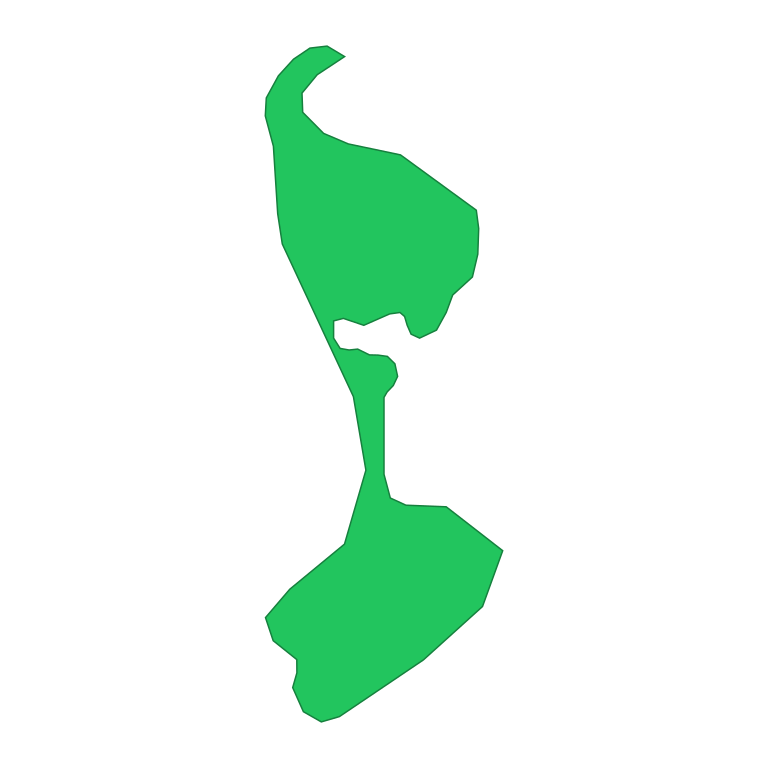 Miquelon-Langlade, Natural Earth projection
{"feature_id": "SPM-4867", "entity_name": "Miquelon-Langlade", "entity_type": "Commune", "adm_level": 1, "iso_a3": "SPM", "parent_name": "Saint Pierre and Miquelon", "parent_adm1": "", "projection": "natural_earth1", "projection_center": [-56.329, 46.961], "detail": "fine", "context": "isolated", "style": "filled", "palette": "green", "viewbox_px": 768, "rotation_deg": 0, "n_neighbors": 0, "source": "natural_earth", "source_scale": "10m", "svg_char_len": 892}
<svg xmlns="http://www.w3.org/2000/svg" viewBox="0 0 768 768"><path d="M446.2,506.8L502.7,550.7L482.5,606.5L423.4,659.9L339.4,716.6L321.3,721.9L303.4,711.7L292.7,687.6L296.9,672.8L296.8,659.6L273.2,640.7L265.5,617.6L289.8,589.2L344.5,544.1L365.9,470.2L353.4,396.6L282.3,244.0L277.7,213.7L273.4,146.2L265.3,115.9L266.3,97.9L278.4,75.8L293.5,59.2L309.9,48.1L327.1,46.1L344.6,56.6L317.2,74.7L302.0,93.1L302.7,112.3L323.6,133.4L348.2,143.9L400.5,154.9L476.3,210.2L478.7,228.5L477.8,254.2L472.4,277.0L452.7,295.0L446.2,312.5L436.5,330.1L419.6,338.1L411.1,334.2L407.2,325.3L404.6,316.5L400.0,312.5L389.7,313.9L363.8,325.3L343.4,318.4L333.6,320.9L333.6,338.1L340.1,348.4L349.1,350.0L357.7,349.1L369.4,354.9L378.0,355.1L387.4,356.4L394.9,363.8L397.6,376.4L393.3,385.5L387.1,392.0L384.0,397.4L384.0,474.3L390.3,498.0L405.9,505.2L446.2,506.8Z" fill="#22c55e" stroke="#15803d" stroke-width="1.5"/></svg>